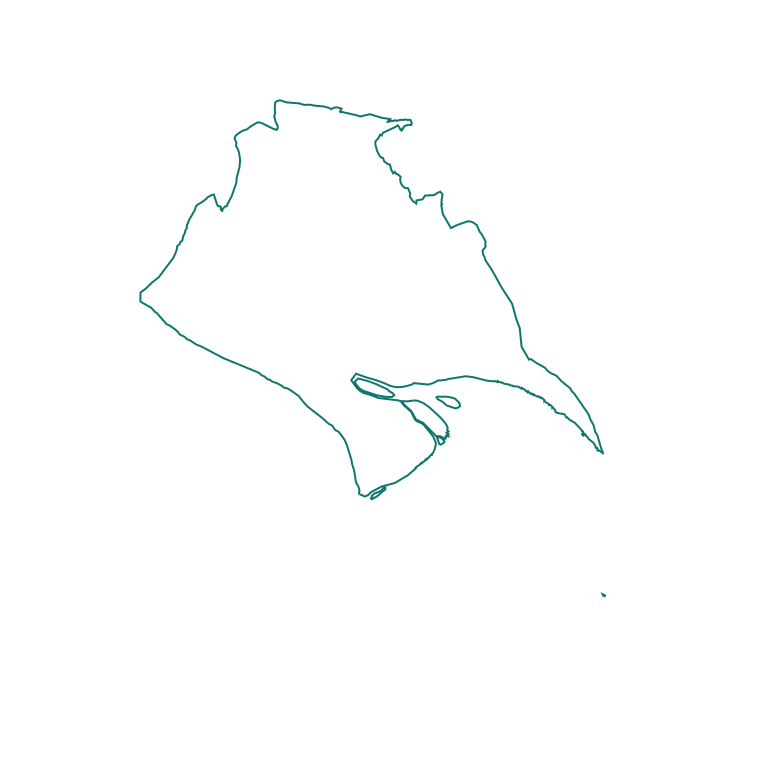 Rokan Hilir, Riau, Indonesia (Natural Earth projection), rotated 148°
{"feature_id": "22746128B71759944188311", "entity_name": "Rokan Hilir", "entity_type": "district", "adm_level": 2, "iso_a3": "IDN", "parent_name": "Indonesia", "parent_adm1": "Riau", "projection": "natural_earth1", "projection_center": [100.629, 2.071], "detail": "fine", "context": "isolated", "style": "outline", "palette": "teal", "viewbox_px": 768, "rotation_deg": 148, "n_neighbors": 0, "source": "geoboundaries", "source_scale": "gbopen_adm2", "svg_char_len": 6166}
<svg xmlns="http://www.w3.org/2000/svg" viewBox="0 0 768 768"><g transform="rotate(148 384 384)"><path d="M542.1,590.6L546.9,582.9L541.0,572.0L540.1,566.7L539.1,564.8L536.7,550.0L534.5,546.6L532.0,540.4L531.0,536.6L531.1,534.6L527.9,529.1L527.3,526.3L525.5,524.0L522.2,516.8L518.8,512.2L506.7,491.3L484.2,459.9L483.0,456.0L481.5,453.9L480.2,449.6L478.9,448.6L477.5,445.3L474.5,441.6L471.3,436.1L471.2,435.0L470.2,433.1L468.5,431.9L466.6,428.4L462.7,419.1L462.0,411.8L460.7,405.2L454.1,387.1L452.1,379.8L449.9,376.1L449.8,370.7L448.0,368.0L447.3,363.7L447.0,357.6L448.0,351.3L451.8,337.1L453.5,332.7L455.3,326.0L459.2,317.1L460.0,314.4L460.0,311.0L460.9,307.5L461.4,306.4L463.2,304.7L462.7,302.6L461.5,301.5L460.2,299.0L458.5,298.4L455.6,298.3L452.6,299.2L440.3,298.3L427.3,294.3L412.2,294.0L401.8,295.6L401.8,296.1L400.5,296.5L396.1,296.6L395.6,297.2L393.7,296.6L393.5,297.3L390.2,297.1L388.7,298.0L388.0,297.2L387.1,298.0L386.1,297.6L382.0,298.9L381.3,298.5L381.2,299.1L378.9,299.6L375.5,301.9L372.5,304.8L371.1,306.9L370.1,313.3L371.8,327.5L372.5,330.1L375.8,335.0L376.6,337.5L375.7,346.0L378.5,355.5L379.0,360.8L380.8,362.7L395.8,374.8L401.8,382.5L406.2,387.4L408.2,391.4L409.1,395.3L409.8,404.6L402.2,407.5L396.2,399.8L388.9,391.7L383.3,384.5L380.3,379.9L377.1,376.4L374.2,374.1L369.8,371.7L364.0,369.7L360.0,368.7L358.3,369.0L346.8,360.1L341.9,358.7L336.0,358.4L335.2,357.6L330.2,355.1L326.0,353.8L310.6,347.3L304.4,342.2L295.4,332.7L290.6,328.8L288.4,327.7L286.9,325.6L286.0,326.2L285.6,324.8L284.7,324.4L283.9,323.0L283.1,322.8L281.9,320.5L278.1,317.2L277.7,316.0L276.1,314.8L276.1,314.2L271.4,310.4L270.6,308.4L269.9,308.1L269.9,307.6L269.4,307.7L269.4,306.9L268.9,306.9L268.0,305.5L267.2,302.4L266.8,302.1L266.9,301.4L266.5,300.9L266.2,301.1L266.4,300.5L265.3,300.2L265.0,298.5L264.5,298.3L264.8,297.8L263.7,297.2L263.4,295.9L262.8,296.0L263.1,295.3L262.3,295.1L261.4,293.0L260.3,292.4L260.0,291.3L259.4,291.4L258.7,290.0L258.2,290.6L258.5,289.1L257.5,288.8L256.6,285.2L257.0,284.6L256.6,284.7L256.8,283.7L254.8,279.6L255.3,278.6L254.1,278.1L253.7,277.0L253.4,275.3L254.0,274.5L253.2,274.4L253.0,273.8L252.7,271.2L253.4,269.4L252.8,268.8L252.6,267.8L247.0,262.8L247.0,258.8L246.4,258.8L245.5,255.1L242.7,249.9L240.8,239.9L241.0,239.2L240.4,238.3L240.6,237.2L242.6,236.7L242.6,236.2L242.2,236.2L242.5,235.4L241.5,235.2L242.1,234.9L242.1,234.7L241.2,235.0L240.9,234.7L240.5,235.1L239.9,234.5L240.3,233.2L239.4,230.8L239.7,229.4L237.5,223.0L237.5,219.5L238.2,217.6L237.1,217.0L237.0,216.4L238.3,214.7L238.0,214.3L237.3,214.5L235.4,210.2L235.0,208.4L234.0,214.1L230.2,227.6L230.2,231.6L228.0,238.5L227.9,243.7L226.6,250.1L227.8,275.7L228.6,278.0L228.3,281.5L232.0,292.3L233.4,299.6L236.6,304.5L238.4,308.8L238.9,312.5L243.4,320.7L246.3,327.4L248.1,327.8L247.6,342.7L239.3,359.4L237.4,368.8L232.8,384.3L233.1,403.7L232.1,423.0L232.4,435.3L231.3,438.9L231.4,441.3L229.6,445.1L225.6,446.3L224.7,447.0L224.4,448.3L222.3,451.2L221.8,459.4L222.2,462.3L221.1,469.7L223.1,474.2L224.6,476.0L226.8,477.6L237.4,480.0L244.6,480.8L244.1,496.7L240.9,504.8L239.9,505.6L240.3,505.7L236.8,510.6L233.9,513.7L234.3,517.2L237.5,517.8L241.3,517.6L249.3,522.0L253.6,520.2L259.1,522.5L261.0,519.9L262.6,524.0L262.8,529.4L260.8,531.7L259.9,537.3L262.3,539.0L263.4,542.5L263.2,545.9L262.0,548.8L260.1,550.9L261.3,554.7L262.4,555.9L262.4,558.2L264.6,557.8L264.3,561.9L262.7,566.9L264.3,568.6L265.8,572.4L265.1,576.3L265.9,577.0L266.6,578.4L266.8,580.9L266.3,585.6L264.2,592.1L262.9,594.1L258.4,595.5L255.2,597.5L254.3,596.0L251.7,597.6L238.1,595.9L235.3,596.1L235.0,594.5L235.3,590.9L235.0,590.2L234.6,590.5L234.7,589.6L233.7,589.8L230.8,591.7L229.1,591.7L226.3,591.0L223.6,589.2L222.3,590.3L221.6,593.7L222.6,594.7L224.4,595.6L225.4,596.9L227.9,597.8L229.9,599.2L234.0,600.6L235.0,602.0L236.5,601.9L237.9,603.1L241.7,604.1L242.0,604.4L238.4,605.4L245.0,611.1L253.0,620.3L262.5,623.5L264.3,625.9L275.2,636.7L276.9,637.6L276.8,638.5L274.1,640.0L277.1,643.4L279.8,644.8L283.1,645.0L284.2,647.1L287.8,651.1L295.5,657.0L298.8,660.1L303.9,663.1L307.2,666.9L317.3,674.4L321.4,679.2L322.8,680.1L325.8,680.7L327.1,680.2L329.3,677.6L333.2,670.9L335.3,669.1L337.1,663.4L337.3,659.5L338.4,657.4L340.4,656.4L342.6,659.0L349.5,670.2L351.5,672.3L353.3,672.9L360.1,673.1L365.5,672.6L368.8,673.5L372.4,673.8L378.0,673.3L380.5,671.7L381.4,666.6L383.4,664.4L383.4,661.7L384.3,657.0L387.3,650.3L391.5,644.6L399.8,636.8L402.6,632.9L413.8,623.9L422.1,619.1L423.1,618.1L424.8,618.8L427.6,618.0L429.3,616.9L429.7,615.7L429.5,617.2L430.0,618.3L428.5,620.6L429.2,621.9L430.6,622.7L430.3,625.4L427.9,634.8L429.9,635.6L435.2,635.8L436.3,635.2L442.6,634.7L447.6,634.9L449.4,634.2L452.8,631.4L461.7,626.8L467.2,622.9L468.6,620.7L470.6,619.8L473.6,617.0L475.7,616.0L479.2,612.4L481.3,612.5L482.3,611.2L486.4,610.5L487.3,609.0L490.8,605.9L496.1,602.5L518.5,593.9L527.6,592.9L535.3,591.1L542.1,590.6ZM363.8,309.7L361.4,305.4L360.7,305.9L360.5,305.4L359.7,306.1L359.1,305.7L359.3,305.9L359.2,306.3L358.8,305.5L358.8,306.8L357.7,307.1L357.5,306.5L357.2,307.1L357.0,306.7L356.9,308.5L356.3,308.1L356.7,309.1L355.8,308.9L355.9,309.7L355.5,310.1L354.6,309.9L354.9,310.6L354.6,311.7L353.3,313.0L352.8,314.8L352.8,318.8L353.7,324.8L357.7,339.7L360.6,346.8L364.4,352.0L367.4,354.2L373.2,356.8L377.7,359.8L378.1,358.4L377.7,355.5L375.2,346.4L375.7,337.1L371.4,330.2L367.4,312.3L363.8,309.7ZM407.4,401.5L407.8,400.7L407.8,397.9L407.2,393.7L406.2,390.9L404.1,387.9L395.9,378.1L388.7,371.7L384.2,368.8L381.1,369.2L381.4,371.3L383.4,375.2L383.9,377.6L390.9,388.3L395.9,394.8L402.9,402.3L407.4,401.5ZM333.7,324.6L331.2,325.0L330.4,327.0L330.4,329.2L331.6,334.0L333.9,336.7L337.4,339.9L345.2,344.8L346.5,344.9L346.5,342.7L343.8,337.9L342.4,332.9L336.6,325.7L333.7,324.6ZM452.1,292.4L448.0,292.5L444.0,293.4L439.5,293.7L438.6,294.0L437.8,295.3L438.7,296.0L440.7,295.9L442.0,295.0L444.6,295.1L450.4,296.2L453.6,295.7L454.8,294.2L455.6,294.0L455.7,293.4L455.2,292.8L454.3,292.5L453.0,293.1L452.1,292.4ZM368.1,302.6L365.4,302.4L363.3,302.9L363.2,304.2L363.7,306.8L364.9,309.2L367.4,310.5L368.9,303.6L368.1,302.6ZM309.6,87.3L308.8,87.3L308.7,87.9L310.1,90.0L310.3,88.5L309.6,87.3Z" fill="none" stroke="#0f766e" stroke-width="2"/></g></svg>